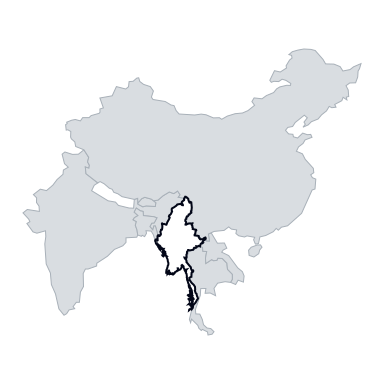 Myanmar and the surrounding countries
{"feature_id": "MMR", "entity_name": "Myanmar", "entity_type": "country or territory", "adm_level": 0, "iso_a3": "MMR", "parent_name": "Asia", "parent_adm1": "", "projection": "albers", "projection_center": [96.922, 19.196], "detail": "fine", "context": "with_neighbors", "style": "outline", "palette": "ink", "viewbox_px": 384, "rotation_deg": 0, "n_neighbors": 6, "source": "natural_earth", "source_scale": "50m", "svg_char_len": 11941}
<svg xmlns="http://www.w3.org/2000/svg" viewBox="0 0 384 384"><path d="M230.7,282.4L225.1,281.7L217.6,283.2L214.0,288.4L215.6,295.7L210.2,293.0L205.1,293.3L205.9,288.5L200.7,288.6L200.3,295.3L195.4,309.6L195.8,313.9L199.8,314.1L202.3,319.5L203.5,324.7L207.0,328.0L210.8,328.6L214.0,331.7L212.1,334.2L208.0,335.0L207.5,331.9L202.4,329.4L201.3,330.5L198.9,328.3L197.8,325.3L191.5,319.1L190.6,322.7L189.4,319.4L191.7,309.8L197.8,297.9L195.4,292.4L194.7,286.1L189.3,278.3L191.3,277.2L193.4,271.8L184.5,258.0L186.9,256.9L189.5,250.3L193.5,250.0L200.0,245.8L202.5,247.6L202.9,251.3L206.7,251.5L205.5,258.0L205.8,263.5L211.7,259.6L213.5,260.7L216.8,260.4L217.9,258.2L222.3,258.5L226.9,263.2L227.5,269.3L232.4,274.3L232.4,279.5L230.7,282.4Z" fill="#d9dde1" stroke="#a8b0b8" stroke-width="1"/><path d="M243.4,282.1L238.1,280.2L235.6,284.5L230.7,282.4L232.4,279.5L232.4,274.3L227.5,269.3L226.9,263.2L222.3,258.5L217.9,258.2L216.8,260.4L213.5,260.7L211.7,259.6L205.8,263.5L205.5,258.0L206.7,251.5L202.9,251.3L202.5,247.6L200.0,245.8L201.2,243.5L205.9,239.5L206.4,240.9L209.4,241.0L208.4,234.0L211.3,233.0L217.4,243.2L224.4,243.0L226.8,248.2L223.2,250.0L221.7,252.2L228.7,255.6L237.7,267.8L242.4,271.7L244.1,276.0L243.4,282.1Z" fill="#d9dde1" stroke="#a8b0b8" stroke-width="1"/><path d="M184.1,198.2L184.5,200.5L182.6,201.6L183.1,205.4L179.2,204.3L172.1,208.4L172.2,211.9L169.1,216.9L168.8,219.9L166.3,224.9L162.0,223.4L161.6,229.7L160.3,231.8L160.9,234.4L158.1,235.8L155.4,226.0L153.8,226.0L152.8,229.9L149.9,226.6L151.7,223.2L154.2,222.9L156.9,217.8L153.7,216.7L143.4,215.6L143.1,211.4L140.5,210.9L136.3,208.1L134.2,212.1L138.0,215.6L134.4,217.7L133.1,219.8L136.4,221.6L135.3,225.2L137.0,229.9L137.7,235.0L136.8,237.2L126.0,237.8L126.0,242.4L122.8,245.8L114.4,249.4L107.5,256.2L96.8,263.2L96.6,266.0L88.1,269.0L85.4,269.0L83.2,273.5L83.5,286.5L80.4,292.1L79.4,302.3L76.3,302.3L73.1,306.6L74.7,308.7L69.1,309.9L66.6,313.7L64.0,315.2L58.9,308.9L55.5,293.9L51.4,284.6L50.4,273.0L46.2,264.0L44.8,243.9L45.8,236.6L45.5,230.8L36.9,233.2L33.0,231.9L26.9,223.5L29.9,221.7L28.7,219.1L23.0,212.9L27.3,209.5L39.4,211.4L39.0,206.1L36.5,202.5L36.6,197.8L33.4,194.6L40.3,189.2L46.5,190.6L52.9,185.1L57.1,179.5L63.0,174.3L63.4,170.0L68.3,167.2L64.5,163.7L62.1,154.2L64.9,152.0L72.5,154.4L78.4,154.2L83.9,149.8L88.7,157.3L87.6,162.0L89.4,165.2L88.9,168.2L85.3,167.0L86.0,173.7L97.8,182.9L94.2,185.3L91.6,190.7L108.1,200.8L115.5,202.1L118.4,205.4L129.0,208.0L133.6,208.2L134.3,199.4L137.7,198.3L138.0,204.2L142.8,206.8L146.3,205.9L155.3,206.5L155.8,202.8L153.6,200.8L158.0,200.1L163.0,195.8L169.3,192.0L173.8,193.6L177.6,191.0L180.1,194.8L178.3,197.3L184.1,198.2Z" fill="#d9dde1" stroke="#a8b0b8" stroke-width="1"/><path d="M158.1,235.8L157.8,240.1L155.9,239.2L156.1,244.1L153.4,234.8L151.2,231.1L146.0,230.7L146.5,233.3L144.6,236.6L142.2,235.3L141.4,236.3L137.7,235.0L137.0,229.9L135.3,225.2L136.4,221.6L133.1,219.8L134.4,217.7L138.0,215.6L134.2,212.1L136.3,208.1L140.5,210.9L143.1,211.4L143.4,215.6L153.7,216.7L156.9,217.8L154.2,222.9L151.7,223.2L149.9,226.6L152.8,229.9L153.8,226.0L155.4,226.0L158.1,235.8Z" fill="#d9dde1" stroke="#a8b0b8" stroke-width="1"/><path d="M151.3,199.1L155.8,202.8L155.3,206.5L146.3,205.9L142.8,206.8L138.0,204.2L137.9,203.0L141.7,198.7L144.7,197.3L151.3,199.1Z" fill="#d9dde1" stroke="#a8b0b8" stroke-width="1"/><path d="M253.9,257.0L249.1,255.4L248.6,250.2L251.2,247.2L257.3,245.0L260.5,244.9L262.0,247.2L259.7,250.0L258.7,253.7L253.9,257.0ZM100.0,112.2L99.9,109.0L103.4,107.9L99.9,98.0L112.2,95.8L116.4,86.6L125.7,89.0L128.5,86.8L129.1,81.6L133.1,81.3L136.8,78.1L138.7,77.8L139.8,81.5L143.6,84.4L150.3,86.6L153.4,91.0L151.4,97.1L153.0,99.5L165.2,101.5L171.0,105.0L174.0,105.6L176.2,110.7L179.1,114.0L194.7,115.0L201.2,114.1L206.1,114.8L213.4,117.9L219.4,117.7L221.7,119.3L227.3,116.1L235.1,113.7L242.5,113.0L248.0,110.6L254.6,105.3L251.9,101.6L254.1,97.9L262.0,98.8L266.5,95.5L273.6,92.6L276.7,88.8L279.9,86.9L286.7,85.3L290.5,85.4L290.8,83.5L286.0,80.4L282.1,79.2L278.7,81.6L273.9,81.3L271.3,82.3L269.8,80.3L274.5,70.7L280.3,72.0L286.5,68.0L286.1,65.8L289.6,60.0L292.0,58.1L291.6,55.4L288.9,54.6L292.3,51.7L297.9,50.1L303.9,49.0L310.9,49.4L315.2,50.5L323.0,59.4L325.6,63.9L333.9,64.1L340.1,66.6L342.9,71.0L350.0,69.6L353.6,66.8L361.0,63.6L359.5,68.7L358.1,71.0L357.7,77.0L355.6,82.8L349.7,83.0L346.0,85.7L348.2,90.0L348.7,96.5L346.3,97.1L346.9,99.9L343.1,97.3L341.8,100.7L334.7,104.4L336.0,107.2L331.8,107.7L329.2,106.4L326.5,110.9L321.6,114.8L318.1,119.0L311.4,121.7L308.2,124.9L303.0,127.2L305.3,124.2L304.0,122.1L307.3,117.8L304.3,115.2L295.2,122.5L292.6,126.5L287.8,127.4L285.5,130.3L288.6,133.9L292.9,134.3L293.4,136.8L297.6,138.0L302.7,133.1L307.4,134.7L310.7,134.4L312.0,137.3L305.1,139.9L303.1,143.4L298.5,146.9L296.4,151.3L302.4,153.8L305.2,159.3L313.3,168.3L313.8,172.7L310.7,174.8L312.4,177.7L315.8,179.1L315.0,189.0L312.1,190.0L301.6,213.3L287.6,225.8L281.4,227.2L278.3,230.2L276.2,228.4L273.3,231.7L265.7,235.5L259.9,236.9L258.5,243.5L255.4,244.1L253.6,239.8L254.7,237.3L247.0,235.9L244.5,237.0L238.7,235.8L235.9,233.5L236.6,229.9L231.4,229.1L228.7,226.9L224.1,230.4L214.2,231.4L208.4,234.0L209.4,241.0L206.4,240.9L205.6,236.9L201.6,238.8L194.9,235.5L196.5,230.4L192.9,229.3L191.5,223.7L185.7,224.7L186.3,217.5L191.5,212.4L191.4,202.7L189.1,201.3L187.2,197.8L184.1,198.2L178.3,197.3L180.1,194.8L177.6,191.0L173.8,193.6L169.3,192.0L163.0,195.8L158.0,200.1L153.6,200.8L151.3,199.1L144.7,197.3L141.7,198.7L137.9,203.0L137.7,198.3L134.3,199.4L122.1,196.7L117.9,193.8L113.8,192.3L112.2,189.3L109.3,188.2L104.2,183.8L100.1,181.6L97.8,182.9L86.0,173.7L85.3,167.0L88.9,168.2L89.4,165.2L87.6,162.0L88.7,157.3L83.9,149.8L75.7,146.5L74.8,141.9L71.3,138.8L70.6,137.0L70.8,131.5L67.9,129.8L66.2,130.1L65.6,124.7L67.2,123.6L66.7,122.2L71.7,120.2L75.3,119.5L80.4,120.9L82.7,117.6L89.1,117.6L91.1,115.6L99.2,113.3L100.0,112.2Z" fill="#d9dde1" stroke="#a8b0b8" stroke-width="1"/><path d="M200.0,246.4L199.1,245.8L198.7,245.8L197.8,246.4L196.3,246.2L196.5,247.3L196.4,247.5L195.6,247.9L194.8,247.7L194.1,247.8L193.8,248.2L193.6,249.3L193.2,249.8L192.4,249.9L190.1,250.4L189.4,250.4L188.7,250.0L188.1,250.0L188.0,250.6L187.0,251.8L186.9,253.8L186.4,254.7L186.4,255.0L186.6,257.1L185.3,257.7L184.5,257.6L184.9,258.6L185.4,258.9L186.0,259.0L185.9,259.2L186.6,261.1L186.4,262.0L189.6,265.9L190.7,267.0L190.9,267.5L190.9,268.5L192.0,270.9L192.2,271.1L193.0,270.4L193.3,270.8L193.2,271.5L192.9,271.8L191.6,272.6L191.4,274.3L191.4,276.8L190.8,276.9L189.3,277.8L189.4,279.2L189.7,280.2L191.6,282.9L193.7,284.8L195.0,286.8L195.2,289.8L194.8,290.5L194.9,291.0L195.2,291.4L195.5,292.8L196.6,293.9L196.6,294.4L197.0,296.1L197.4,296.7L198.0,298.5L197.7,299.1L197.2,299.6L195.5,302.7L192.9,305.4L193.0,306.8L192.6,308.2L192.4,308.3L191.8,309.2L191.4,308.3L191.5,307.3L191.2,305.3L191.6,304.9L192.4,303.4L192.4,302.5L192.8,301.9L192.8,299.8L193.1,299.3L193.6,299.0L193.1,298.6L192.5,299.0L192.1,298.9L192.2,297.8L192.4,297.5L192.3,296.5L192.5,295.9L191.9,295.8L192.0,295.5L192.3,295.2L192.0,294.6L192.2,294.0L192.2,293.3L191.7,290.2L191.2,289.4L190.8,288.3L189.7,286.8L189.7,285.5L189.4,285.3L189.1,287.3L188.9,286.9L188.7,285.2L188.8,284.2L188.2,283.1L187.7,281.2L187.8,280.9L188.3,281.2L187.8,280.5L187.5,280.7L187.1,279.9L187.0,277.9L186.7,277.2L186.9,276.4L186.5,273.7L185.8,272.8L186.1,271.4L186.0,270.2L186.6,269.5L185.9,269.7L184.5,269.8L184.3,268.9L183.9,268.4L183.6,267.5L183.4,266.5L183.5,266.3L181.5,264.4L181.8,265.0L181.5,265.6L181.8,266.7L181.0,268.6L180.2,269.5L179.1,269.9L178.7,269.8L178.2,269.3L178.0,268.3L177.7,268.3L177.9,269.5L178.4,270.3L177.3,270.9L176.8,270.9L176.6,271.4L175.2,271.9L174.7,273.1L173.9,273.9L173.0,274.6L172.5,274.4L172.5,273.7L172.8,273.0L172.7,272.3L172.7,272.7L171.7,274.0L170.4,274.0L170.1,273.0L170.1,271.8L169.8,272.7L169.5,273.1L168.7,273.5L168.7,272.5L169.1,270.5L169.0,269.8L168.8,270.8L168.3,271.1L167.5,272.3L166.6,272.8L166.2,272.8L166.2,272.1L166.5,269.7L167.0,269.0L167.3,267.6L167.6,267.0L167.7,265.9L168.3,264.9L168.4,263.3L168.3,262.5L167.9,261.7L167.6,259.4L166.7,257.5L166.6,256.9L166.2,256.2L166.6,256.1L165.7,255.4L165.6,255.2L165.5,252.7L165.2,253.4L164.9,253.6L165.0,254.5L164.8,255.1L163.5,254.3L162.3,252.2L162.8,252.0L163.7,252.8L164.2,253.0L165.0,252.5L165.2,251.8L164.3,251.2L164.0,250.8L163.8,250.2L163.1,249.7L163.6,248.9L162.9,248.9L162.0,248.1L161.1,247.9L160.5,248.0L160.7,248.9L160.7,249.2L160.3,249.2L159.6,247.8L160.2,247.2L159.7,247.1L160.1,246.0L159.9,245.8L159.6,246.5L159.0,247.3L158.5,247.0L159.1,246.2L158.8,245.7L158.2,244.8L158.2,245.5L158.1,246.4L157.5,245.4L156.2,243.8L155.9,243.3L155.6,241.7L155.3,241.4L155.2,240.3L155.8,239.5L156.1,239.4L157.2,240.1L157.4,240.5L157.5,240.5L157.7,240.2L157.5,239.3L157.5,236.1L157.8,235.9L158.2,235.2L158.6,235.4L159.1,236.0L159.4,236.1L159.7,236.0L160.2,234.9L160.8,234.7L160.9,233.9L160.4,231.7L160.9,230.5L161.0,229.8L161.8,229.8L162.0,229.5L162.3,227.9L162.4,225.8L161.9,223.8L162.0,223.5L162.1,223.4L162.9,224.1L164.0,223.9L166.1,224.7L166.4,224.7L167.4,222.0L169.0,219.3L169.7,217.6L169.5,217.1L168.9,216.6L169.0,216.0L169.5,215.1L170.2,214.8L171.1,213.7L171.3,213.3L171.5,212.4L172.1,211.6L171.8,210.7L171.7,209.8L171.7,209.0L172.1,208.3L174.0,207.3L176.4,205.6L177.2,204.5L177.9,204.3L180.9,203.9L181.2,204.1L181.7,204.8L182.1,205.1L182.5,205.2L182.9,205.2L182.9,204.9L181.8,203.2L181.7,202.3L182.1,201.6L183.5,200.5L184.1,200.2L184.2,199.6L184.0,199.3L184.1,198.5L185.2,196.7L185.9,196.8L186.5,197.6L187.1,197.6L188.3,198.9L188.4,200.0L189.4,202.5L189.6,202.6L189.9,202.0L190.2,201.8L191.3,202.3L191.8,207.6L191.5,210.1L191.5,210.7L191.4,211.0L190.9,211.2L190.9,211.4L191.4,212.4L191.4,212.7L191.2,212.9L190.4,213.2L189.6,214.4L189.4,214.5L188.8,214.4L188.6,214.5L188.4,215.5L187.9,216.2L187.4,216.6L186.8,216.5L186.3,217.8L186.4,218.8L185.5,219.4L185.3,220.2L185.3,221.1L186.0,221.8L186.2,222.7L186.2,223.3L185.5,224.2L185.5,224.6L186.1,224.7L188.0,223.7L189.0,223.4L190.6,223.4L191.1,223.6L192.5,223.3L192.5,223.5L191.8,224.3L191.6,224.6L191.7,225.0L192.3,225.6L192.5,226.3L192.3,227.0L192.8,227.8L192.7,229.0L193.8,229.3L195.8,229.7L196.1,229.8L196.3,230.3L195.6,231.2L195.4,232.0L195.4,233.2L194.7,234.5L194.5,235.0L194.6,235.4L196.9,235.6L198.7,236.0L198.9,236.2L198.8,237.2L198.9,237.6L199.1,238.0L199.7,238.2L199.7,238.8L199.9,239.1L200.4,239.4L201.2,239.2L202.2,239.4L202.6,239.3L203.0,239.1L203.9,238.2L205.3,237.5L205.5,237.6L205.7,238.6L205.3,239.3L204.5,239.9L203.9,240.2L203.5,240.3L202.7,241.8L202.3,242.2L202.2,242.7L202.4,242.9L202.8,243.0L202.5,243.3L201.6,243.3L201.1,243.5L200.7,243.9L200.4,244.8L200.0,246.4ZM163.6,251.1L164.9,251.9L164.7,252.5L164.2,252.7L163.8,252.5L163.7,251.9L163.2,251.4L163.6,251.1ZM190.8,293.7L191.1,293.8L191.0,294.4L190.6,295.1L190.2,295.3L190.3,294.2L190.1,293.6L190.1,293.2L190.7,293.4L190.8,293.7ZM163.4,256.4L162.7,255.9L162.3,255.3L163.0,255.1L163.7,255.3L163.6,256.2L163.4,256.4ZM191.6,298.8L191.5,300.1L190.9,299.9L190.6,298.6L191.5,298.5L191.6,298.8ZM167.7,273.2L167.3,273.8L167.2,272.9L168.4,271.6L168.5,272.0L168.2,272.8L167.7,273.2ZM185.7,271.4L185.5,271.5L185.1,271.1L185.1,270.2L185.5,269.9L185.7,270.0L185.8,270.3L185.7,271.4ZM190.0,299.8L189.6,300.6L189.5,299.9L190.1,298.6L190.0,299.8ZM189.6,303.7L190.1,304.7L190.0,304.9L189.3,304.0L188.8,304.1L189.4,303.5L189.6,303.7ZM192.0,297.5L191.2,297.9L191.1,296.8L191.5,297.3L192.0,297.5ZM190.1,309.4L189.1,310.2L189.2,309.6L189.7,309.1L190.2,309.1L190.1,309.4ZM159.4,248.0L159.7,249.3L159.5,249.1L159.1,248.3L159.2,247.7L159.4,248.0ZM190.1,290.6L190.1,291.6L189.8,291.1L189.8,290.0L190.1,290.6ZM162.4,249.0L162.5,249.8L162.1,249.5L162.0,248.6L162.4,249.0ZM189.1,296.4L188.8,296.3L188.5,295.9L188.7,295.5L189.0,295.6L189.1,296.4ZM188.7,294.9L188.3,295.6L187.9,295.2L188.2,294.9L188.7,294.9ZM188.8,298.9L188.8,299.5L188.5,299.2L188.4,298.2L188.8,298.9ZM169.8,273.6L169.4,274.2L169.1,274.0L169.7,273.3L169.8,273.6ZM191.6,303.6L191.2,303.5L191.5,302.8L191.6,303.6Z" fill="none" stroke="#020617" stroke-width="2"/></svg>